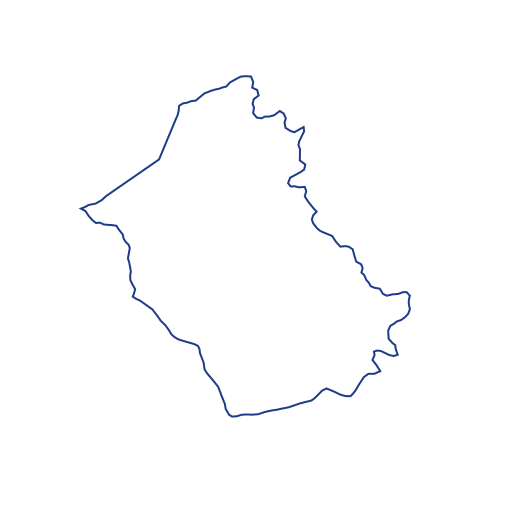 Ipuã, São Paulo, Brazil (Mercator projection), rotated 33°
{"feature_id": "56859067B38100119221339", "entity_name": "Ipuã", "entity_type": "district", "adm_level": 2, "iso_a3": "BRA", "parent_name": "Brazil", "parent_adm1": "São Paulo", "projection": "mercator", "projection_center": [-48.055, -20.411], "detail": "fine", "context": "isolated", "style": "outline", "palette": "blue", "viewbox_px": 512, "rotation_deg": 33, "n_neighbors": 0, "source": "geoboundaries", "source_scale": "gbopen_adm2", "svg_char_len": 2651}
<svg xmlns="http://www.w3.org/2000/svg" viewBox="0 0 512 512"><g transform="rotate(33 256 256)"><path d="M83.4,311.6L88.6,311.2L93.7,313.5L99.6,315.1L103.8,315.5L106.8,313.1L111.3,312.4L114.7,310.6L118.4,308.5L122.5,306.7L127.0,308.7L132.5,310.5L135.5,313.5L138.8,315.1L142.9,315.9L145.8,318.0L147.9,323.0L149.9,327.8L152.8,330.1L156.2,333.6L159.5,337.2L161.1,341.0L163.9,344.8L169.1,347.8L172.7,349.6L173.9,353.2L174.8,357.2L178.6,357.2L183.1,356.6L190.9,356.9L194.7,357.1L198.1,357.2L207.1,360.4L211.6,362.3L217.6,363.4L223.3,365.6L227.8,367.8L231.9,368.4L236.4,368.2L241.0,366.9L252.2,363.5L256.4,363.0L259.6,365.1L261.7,367.8L270.2,374.0L274.6,379.1L278.5,380.9L285.1,382.9L290.5,384.6L295.5,386.3L302.9,391.7L310.5,397.1L313.9,400.8L319.9,403.8L323.4,403.7L327.0,401.0L330.5,396.9L334.3,394.1L339.3,391.1L344.0,387.5L348.3,382.1L353.4,376.9L357.2,373.6L359.7,371.0L365.8,365.1L368.6,361.5L373.3,355.5L381.2,347.0L382.5,343.7L383.6,338.8L384.8,332.8L387.3,328.7L395.4,327.2L402.0,326.4L407.5,324.7L411.7,322.0L412.4,317.8L412.7,314.2L412.4,308.8L412.4,304.0L412.4,298.7L414.4,293.7L419.5,290.2L422.9,284.8L419.5,283.3L415.9,281.7L410.3,279.8L409.5,274.7L407.0,271.9L409.2,269.2L412.6,267.6L417.6,267.0L421.6,266.5L425.9,264.9L428.6,261.6L423.8,257.9L421.4,255.0L417.6,254.6L412.4,253.2L409.8,249.8L407.5,246.6L406.7,241.4L408.6,237.6L409.7,234.3L412.6,230.6L414.4,225.8L415.1,221.7L414.1,216.9L410.3,213.0L408.3,210.0L406.6,205.5L402.1,204.3L399.1,206.1L396.1,210.2L391.3,213.9L387.3,218.1L383.0,218.6L377.6,216.0L372.7,218.1L368.7,218.8L365.0,216.9L361.5,216.0L357.0,213.0L353.5,212.5L352.0,208.1L348.8,205.7L343.1,206.1L338.3,202.1L333.4,197.7L328.7,197.7L325.3,199.2L321.7,202.2L315.0,200.4L308.9,197.7L300.2,199.4L296.4,200.0L292.1,199.5L286.1,197.4L283.0,195.0L281.8,190.8L282.7,185.8L278.0,184.6L270.4,182.1L264.5,179.5L262.7,174.1L259.3,171.5L254.6,175.0L250.4,176.5L247.2,178.8L243.2,177.4L242.0,171.7L247.7,161.3L249.3,157.3L247.5,152.4L240.7,152.0L234.7,142.4L231.2,139.9L229.8,136.3L228.4,125.1L225.7,121.9L222.6,127.8L220.8,131.3L216.5,132.4L210.9,132.4L207.3,128.6L206.1,124.4L201.8,121.5L197.0,121.4L194.5,128.2L191.0,132.0L187.6,134.2L185.6,137.5L181.3,139.5L175.8,137.8L173.5,132.6L170.3,130.3L168.7,125.7L170.8,119.9L166.5,116.1L161.1,116.9L159.0,111.7L154.1,108.2L149.2,110.9L145.4,114.0L142.7,118.8L139.6,124.7L138.8,130.0L136.0,133.0L133.7,136.1L131.1,138.6L128.1,142.2L124.2,147.7L122.0,154.6L120.9,158.4L117.5,161.2L114.4,165.3L111.7,167.7L109.7,171.9L112.2,176.7L113.5,180.4L114.5,186.4L122.1,227.8L97.6,287.5L96.2,293.1L92.9,299.5L87.9,304.3L85.7,308.4L83.4,311.6Z" fill="none" stroke="#1e3a8a" stroke-width="2"/></g></svg>